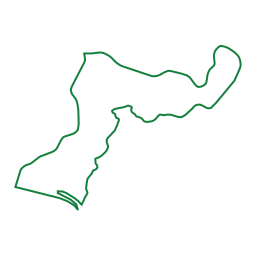 map outline of Margibi (orthographic projection)
{"feature_id": "LBR-789", "entity_name": "Margibi", "entity_type": "County", "adm_level": 1, "iso_a3": "LBR", "parent_name": "Liberia", "parent_adm1": "", "projection": "orthographic", "projection_center": [-10.158, 6.461], "detail": "fine", "context": "isolated", "style": "outline", "palette": "green", "viewbox_px": 256, "rotation_deg": 0, "n_neighbors": 0, "source": "natural_earth", "source_scale": "10m", "svg_char_len": 2766}
<svg xmlns="http://www.w3.org/2000/svg" viewBox="0 0 256 256"><path d="M81.7,204.6L81.4,204.4L78.3,201.1L74.6,198.2L66.6,193.2L62.6,191.5L57.8,191.3L57.8,193.1L70.6,199.6L76.2,204.3L78.0,210.0L74.3,205.4L67.4,201.2L59.6,198.1L15.4,187.0L20.5,170.3L21.1,169.2L22.1,168.0L23.9,166.5L25.1,165.7L26.2,165.1L29.0,164.2L31.1,163.3L39.0,157.2L40.9,156.2L52.3,151.9L54.3,150.8L55.2,150.1L56.8,148.4L60.9,140.5L62.2,138.5L63.4,137.2L64.3,136.7L72.8,133.9L73.9,133.4L75.0,132.7L76.8,131.1L77.6,130.1L78.2,127.6L78.7,123.9L78.3,109.4L77.4,103.9L76.9,101.8L76.1,99.8L75.0,97.9L72.1,94.2L71.7,93.3L71.1,91.5L70.8,89.7L71.3,88.0L72.2,85.8L84.5,62.0L85.1,59.7L84.2,53.5L92.4,53.4L97.6,52.7L101.4,52.5L103.0,52.9L105.0,53.6L108.3,55.4L110.0,56.5L111.2,57.5L115.4,61.8L117.5,63.5L119.6,64.9L121.6,66.0L151.9,76.1L153.9,76.3L155.9,76.1L159.2,75.2L164.8,72.1L167.6,71.0L168.5,70.8L170.7,71.0L181.1,73.5L186.6,75.3L187.5,75.8L189.3,77.1L190.2,77.9L194.4,83.7L196.2,85.7L197.0,86.3L197.9,86.8L199.2,86.9L200.9,86.7L203.7,85.4L205.1,84.3L206.0,83.3L206.3,82.4L206.9,79.5L207.3,75.9L207.8,74.0L208.5,72.0L209.4,70.2L210.0,69.2L213.6,65.9L214.3,64.9L214.6,63.9L214.6,62.9L214.0,57.2L214.0,55.0L214.2,53.8L214.5,52.7L214.8,51.6L215.3,50.7L216.6,49.0L218.3,47.2L219.3,46.5L220.2,46.1L221.2,46.0L222.2,46.1L224.5,46.6L226.5,47.3L228.5,48.2L232.6,50.9L235.8,53.4L237.5,55.2L238.3,56.3L239.0,57.4L239.6,58.8L240.1,60.5L240.5,62.9L240.6,64.6L240.6,66.0L239.3,69.8L234.4,80.7L216.0,102.9L210.8,108.0L209.8,108.2L208.8,108.3L207.9,108.2L207.0,108.0L206.1,107.6L201.4,105.1L200.2,104.7L198.8,104.6L196.8,104.9L195.4,105.5L194.2,106.4L191.9,109.0L185.4,114.9L183.1,116.3L181.4,117.1L179.4,117.1L177.5,116.8L170.8,114.7L167.2,114.6L164.1,115.2L160.2,114.6L159.4,114.8L157.3,116.9L156.5,118.1L155.3,119.2L153.3,120.7L151.4,121.3L147.9,121.9L145.9,121.8L144.4,121.4L143.6,120.7L142.2,118.9L141.4,118.3L140.5,117.7L136.7,116.5L136.1,116.1L135.6,115.5L135.3,114.8L134.9,114.3L134.2,113.7L132.5,112.6L131.8,111.8L131.3,110.8L131.2,109.8L131.4,108.8L131.8,108.1L131.8,107.5L131.7,107.0L130.7,106.5L128.1,105.6L124.1,107.1L115.3,108.8L113.2,109.9L112.1,110.7L112.6,112.5L113.4,113.1L114.3,113.4L115.1,114.1L115.6,116.4L116.1,117.5L118.2,118.6L118.9,119.4L118.9,120.6L117.9,122.8L117.2,125.4L116.0,127.5L115.0,130.3L107.3,138.5L106.8,139.6L106.7,140.9L106.8,142.3L108.0,146.0L108.0,147.5L107.1,149.5L105.6,151.9L101.4,155.9L98.7,157.4L96.2,158.3L95.3,158.9L95.3,159.9L95.5,161.0L95.4,162.1L95.5,163.1L96.0,164.0L96.9,164.9L97.3,166.1L97.3,167.5L96.4,169.0L95.2,169.7L93.7,170.2L92.9,170.9L91.7,173.6L88.0,178.1L87.5,179.2L87.1,180.4L86.1,187.7L86.2,189.2L87.2,191.6L87.4,192.7L87.1,194.0L85.4,196.5L84.6,198.1L84.2,199.4L81.8,204.2L81.7,204.6L81.7,204.6Z" fill="none" stroke="#15803d" stroke-width="2"/></svg>